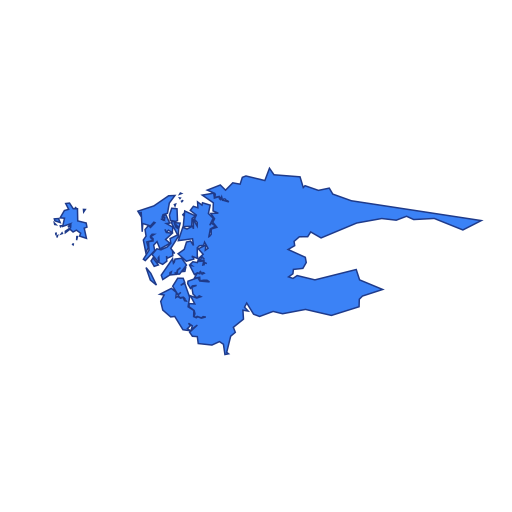 David, Chiriquí, Panama (Mercator projection), rotated 108°
{"feature_id": "35544464B4717226524239", "entity_name": "David", "entity_type": "district", "adm_level": 2, "iso_a3": "PAN", "parent_name": "Panama", "parent_adm1": "Chiriquí", "projection": "mercator", "projection_center": [-82.37, 8.424], "detail": "fine", "context": "isolated", "style": "filled", "palette": "blue", "viewbox_px": 512, "rotation_deg": 108, "n_neighbors": 0, "source": "geoboundaries", "source_scale": "gbopen_adm2", "svg_char_len": 6193}
<svg xmlns="http://www.w3.org/2000/svg" viewBox="0 0 512 512"><g transform="rotate(108 256 256)"><path d="M199.5,311.9L208.4,322.7L209.2,314.5L210.3,313.6L213.2,313.6L210.7,309.4L211.3,308.6L212.6,308.2L213.1,307.3L210.9,307.2L210.4,306.9L213.1,305.2L211.6,304.1L211.4,303.2L211.6,302.4L212.5,301.5L212.3,300.0L213.0,298.6L213.2,305.3L210.7,306.9L212.7,306.8L213.3,307.4L212.8,308.4L211.0,309.5L213.7,313.4L209.3,315.7L214.7,325.9L218.6,313.0L226.4,310.8L226.9,305.1L229.5,312.1L233.4,306.9L237.2,307.6L240.8,302.1L244.2,306.9L249.2,305.3L251.7,306.3L252.2,306.8L244.4,307.8L240.0,303.7L238.5,308.8L241.1,309.5L233.3,308.4L230.3,314.4L221.8,315.3L221.9,323.3L224.3,323.1L222.6,328.3L228.1,326.2L228.1,330.9L232.9,332.6L235.5,325.4L240.1,325.9L242.3,322.2L245.7,321.2L240.7,326.8L249.5,323.9L247.3,325.6L251.7,329.9L251.4,334.5L265.4,334.6L259.2,321.7L265.3,318.7L262.0,322.8L264.2,326.4L271.9,326.3L277.9,330.8L282.5,320.7L278.2,314.2L276.9,314.8L276.5,316.4L276.0,316.4L276.4,311.1L266.3,314.4L263.7,313.0L262.1,309.1L258.7,309.2L263.5,304.0L266.2,306.0L261.2,307.1L267.0,313.1L270.7,306.8L275.6,309.5L273.2,307.5L275.2,303.9L273.5,307.5L277.9,307.5L276.6,305.3L276.7,303.8L280.8,303.6L280.2,302.8L279.1,303.6L278.1,302.9L278.4,300.4L278.3,302.8L280.4,302.7L280.9,303.8L276.9,304.1L278.2,307.2L276.2,309.2L279.5,308.5L277.6,309.7L280.4,309.8L281.0,314.2L284.2,316.0L285.0,313.7L285.5,316.1L292.7,308.8L290.0,306.6L290.0,304.1L288.4,304.4L287.9,304.0L289.8,301.7L288.2,301.4L288.1,300.6L288.4,299.9L289.9,301.7L288.3,303.9L290.3,304.0L290.4,306.6L296.2,307.8L293.6,303.0L296.9,301.6L295.1,298.1L294.2,295.1L295.0,292.2L297.2,301.6L294.6,304.7L301.0,312.9L303.4,312.4L307.1,308.3L304.1,307.3L302.3,303.4L305.5,307.4L311.6,304.2L314.1,299.3L311.4,297.7L311.7,295.8L314.3,299.3L314.1,306.0L320.5,299.4L321.9,304.8L324.9,304.0L326.9,298.0L329.8,296.2L332.6,296.3L333.0,294.2L331.6,293.3L331.7,288.8L330.0,287.6L329.5,284.9L332.0,288.7L331.8,292.6L333.2,293.7L332.9,296.6L327.0,298.3L325.3,304.9L315.7,306.4L303.9,315.4L307.2,318.6L303.1,315.6L299.7,318.4L301.3,323.6L310.5,325.9L316.9,318.3L313.8,316.2L317.3,318.2L319.2,315.5L317.6,312.4L318.4,310.5L320.2,309.8L319.9,309.0L320.4,308.4L320.6,310.1L317.9,312.6L319.5,314.7L318.7,317.9L320.3,319.4L315.3,320.4L312.9,326.4L322.1,335.6L321.5,331.3L328.6,332.6L336.2,328.0L340.3,318.3L338.6,314.6L348.7,302.7L347.4,295.3L346.2,298.8L342.7,296.9L340.8,299.4L342.1,295.0L346.0,294.9L339.8,290.4L349.0,295.6L352.0,291.7L350.8,286.9L357.1,283.9L354.3,270.4L348.7,264.3L350.0,259.7L359.3,255.1L357.5,251.9L356.7,254.1L340.1,255.3L335.0,252.1L330.8,255.5L319.9,248.4L311.6,251.7L310.8,246.5L308.2,251.1L303.6,250.3L312.1,240.3L312.4,233.9L303.4,222.6L302.7,212.9L291.5,192.4L289.2,165.9L272.4,142.3L265.2,144.4L261.2,142.4L248.7,125.2L246.7,150.1L237.9,156.5L260.5,192.6L261.9,210.8L265.9,213.9L265.8,218.6L261.5,215.4L257.2,216.3L253.3,207.6L246.7,206.2L242.0,208.7L239.9,227.5L234.2,222.4L230.3,224.3L224.3,220.7L221.7,212.8L216.2,211.4L218.7,199.7L193.5,170.4L181.5,148.0L178.6,133.7L171.7,125.1L172.6,117.3L165.2,98.1L167.3,67.3L152.7,52.7L174.0,182.4L173.4,202.1L168.8,207.3L174.3,216.9L174.0,231.1L176.3,232.2L167.1,238.6L173.2,264.0L168.4,270.3L181.5,270.9L183.0,290.3L185.4,293.3L192.6,293.3L193.6,300.7L202.8,305.3L199.5,311.9ZM249.9,382.2L254.1,377.3L250.8,379.9L250.1,378.6L268.1,371.7L260.1,373.7L260.0,365.7L255.4,363.6L255.6,362.3L261.5,365.2L260.2,367.7L265.2,369.7L271.1,366.7L275.6,368.1L286.7,361.9L281.1,361.1L276.4,364.3L273.3,359.3L272.3,359.5L271.1,362.0L269.7,362.5L267.5,361.6L266.8,359.4L270.1,362.1L271.4,359.2L273.5,358.5L275.6,362.7L283.6,359.5L293.9,362.1L294.6,359.9L282.1,354.0L277.3,356.7L272.9,354.6L278.9,349.5L270.5,341.8L268.2,347.1L260.3,342.7L261.3,348.6L258.8,350.9L261.1,348.5L258.5,347.3L259.5,342.9L254.3,344.0L252.8,351.3L251.4,348.2L244.4,354.7L247.7,356.9L247.5,354.7L250.3,354.1L250.7,355.0L250.1,357.0L250.6,357.9L249.8,356.7L250.1,354.9L248.0,357.3L245.4,357.2L242.7,353.4L232.4,354.8L223.5,351.8L225.7,357.7L239.9,368.6L249.9,382.2ZM286.7,355.3L291.4,348.0L290.5,347.0L288.2,348.4L287.1,348.1L290.7,346.6L292.0,348.3L292.8,342.2L288.5,339.2L283.7,341.1L285.6,339.7L281.4,335.2L277.8,336.6L278.7,334.1L275.1,339.4L261.5,335.9L254.1,337.9L253.4,341.0L250.0,343.9L248.3,343.6L246.6,341.6L235.5,345.7L236.6,350.9L243.9,351.0L248.6,348.4L248.1,344.6L250.1,347.1L260.2,337.1L266.0,343.1L270.3,340.9L274.9,343.2L279.5,348.3L279.8,352.5L286.7,355.3ZM280.3,454.1L279.2,449.8L287.6,449.0L282.6,442.3L286.7,443.7L284.2,441.6L286.3,441.1L291.4,445.0L292.8,444.5L288.0,441.2L289.7,437.4L286.9,434.8L288.5,429.8L291.6,429.9L291.6,422.7L282.6,428.0L280.8,425.7L277.1,427.7L277.7,436.4L266.2,440.4L267.5,444.5L263.3,449.7L264.9,453.2L269.5,448.6L272.0,452.3L280.3,454.1ZM303.5,340.2L307.2,337.4L300.7,332.1L298.4,332.7L297.2,331.6L300.4,331.4L298.2,326.4L296.6,328.2L297.6,326.2L293.7,326.4L290.4,324.2L293.9,326.2L297.6,325.3L296.8,323.1L286.1,319.3L281.1,326.1L284.0,332.1L287.1,331.8L288.4,332.3L284.3,334.5L303.5,340.2ZM235.2,337.7L250.5,334.3L247.6,326.4L240.1,328.4L236.6,325.9L235.2,337.7ZM301.0,357.0L311.5,349.1L314.4,341.7L305.0,350.7L301.0,357.0ZM293.1,354.3L297.3,349.6L294.7,346.1L289.7,353.4L293.1,354.3ZM249.4,343.7L251.3,342.6L251.4,341.0L252.7,338.0L248.2,338.3L249.4,343.7ZM283.0,459.3L284.7,458.2L284.7,452.6L281.4,455.4L283.0,459.3ZM293.5,321.0L292.6,318.9L289.3,319.2L291.0,320.7L293.5,321.0ZM237.0,337.3L239.3,338.4L239.8,337.8L238.7,337.2L237.0,337.3ZM265.0,434.5L267.3,433.5L264.5,432.7L265.0,434.5ZM251.6,340.9L253.4,340.5L253.0,339.0L251.6,340.9ZM292.9,432.4L296.4,431.5L292.7,431.8L292.9,432.4ZM232.3,349.5L233.4,348.5L231.5,348.5L232.3,349.5ZM225.5,342.5L226.9,343.8L227.3,343.3L225.5,342.5ZM265.0,442.4L266.1,442.7L266.2,442.4L265.0,442.4ZM296.3,453.5L298.1,452.6L296.1,453.1L296.3,453.5ZM287.0,457.9L288.2,457.2L288.0,455.9L287.0,457.9ZM301.6,434.0L301.9,433.4L300.5,433.4L301.6,434.0ZM219.5,347.4L220.8,347.7L219.6,346.2L219.5,347.4ZM224.3,345.9L224.4,346.6L224.8,346.1L224.3,345.9ZM287.8,451.5L288.5,451.0L287.3,450.4L287.8,451.5ZM298.3,451.4L299.9,451.0L297.9,451.0L298.3,451.4ZM293.9,447.6L295.1,448.0L294.4,447.1L293.9,447.6Z" fill="#3b82f6" stroke="#1e3a8a" stroke-width="1.5"/></g></svg>